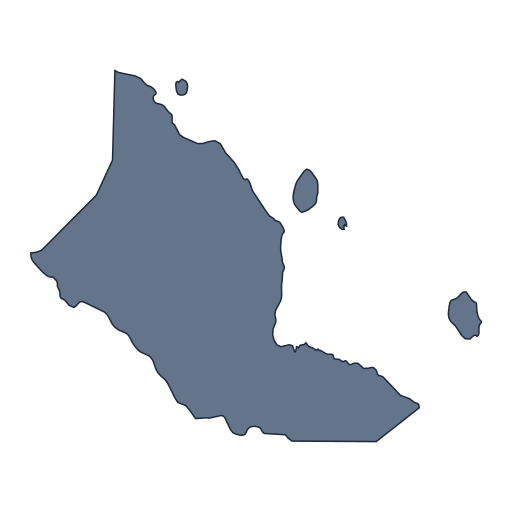 SVG path tracing the border of Madang
{"feature_id": "PNG-1240", "entity_name": "Madang", "entity_type": "Province", "adm_level": 1, "iso_a3": "PNG", "parent_name": "Papua New Guinea", "parent_adm1": "", "projection": "equal_earth", "projection_center": [145.623, -4.997], "detail": "fine", "context": "isolated", "style": "filled", "palette": "slate", "viewbox_px": 512, "rotation_deg": 0, "n_neighbors": 0, "source": "natural_earth", "source_scale": "10m", "svg_char_len": 4233}
<svg xmlns="http://www.w3.org/2000/svg" viewBox="0 0 512 512"><path d="M115.0,70.4L116.3,71.3L118.3,72.4L135.4,76.0L140.9,78.7L144.5,83.0L146.9,85.3L151.1,86.8L154.4,89.6L155.1,90.6L155.2,91.2L155.5,91.5L155.9,92.1L156.0,93.2L155.6,94.4L153.9,95.5L153.3,96.5L153.2,98.7L154.0,101.1L155.7,103.1L161.8,104.6L164.2,106.3L168.3,111.7L171.4,114.3L172.1,115.5L172.1,122.2L172.5,123.2L174.5,124.7L179.6,134.6L183.3,137.3L197.6,143.6L203.0,143.5L209.0,141.6L214.8,140.7L220.2,143.6L225.8,153.1L234.3,162.5L239.2,170.3L240.4,173.2L243.3,178.4L244.6,179.5L245.8,179.5L246.7,179.0L247.5,179.1L249.6,182.3L252.6,191.0L267.6,213.6L269.7,216.1L272.3,217.6L274.5,219.5L274.9,220.3L279.6,222.1L280.9,223.9L282.9,227.4L284.3,230.8L283.9,232.4L282.3,234.1L281.4,238.0L280.6,246.4L280.7,250.8L282.1,258.4L282.4,262.1L282.8,263.2L284.0,265.8L284.3,267.3L284.2,268.9L283.2,271.0L282.4,273.1L282.6,273.6L282.2,280.2L281.6,284.3L281.5,286.2L281.7,294.1L281.5,297.5L280.6,300.9L275.6,310.3L274.9,314.3L275.1,315.8L275.7,318.6L275.9,320.7L275.5,322.9L273.1,328.9L272.7,334.9L274.2,340.6L277.1,345.0L281.0,346.7L289.4,344.7L292.6,345.9L294.6,351.7L295.6,351.7L295.8,350.4L296.4,348.1L296.5,346.7L297.5,347.1L297.9,347.4L298.4,347.9L300.1,345.3L302.1,344.8L304.2,344.5L306.0,342.8L308.4,346.1L310.8,347.3L313.3,348.2L316.3,350.5L317.4,349.3L318.1,349.1L318.6,349.7L319.2,350.5L320.6,350.4L325.3,353.3L327.7,354.3L331.0,354.2L332.6,354.6L333.3,356.2L334.0,358.4L335.5,359.1L339.0,359.3L341.6,361.0L343.1,361.6L345.5,360.7L346.9,361.8L348.2,363.5L349.4,364.5L350.8,364.6L353.7,363.4L355.5,363.1L357.1,363.2L358.2,363.5L360.7,365.7L361.7,366.5L362.9,367.9L364.3,368.5L366.2,368.3L365.3,368.3L368.3,368.3L371.0,367.5L373.6,367.6L376.2,370.1L376.8,371.9L377.4,373.8L378.2,375.2L381.5,376.2L383.2,377.1L400.5,395.4L409.6,398.7L414.3,402.4L417.4,403.4L418.6,404.4L419.3,407.8L418.7,408.2L376.2,441.6L292.0,441.1L288.1,438.1L285.2,434.6L283.2,434.7L282.8,434.6L264.8,433.5L263.6,433.1L262.4,431.8L260.5,428.4L259.0,427.3L256.2,426.5L253.5,426.3L250.2,427.0L248.5,428.3L247.2,430.0L246.3,432.1L245.1,434.3L243.2,435.1L240.4,435.2L235.7,434.1L232.8,432.6L230.5,429.6L224.7,417.5L222.8,415.8L220.8,415.6L209.3,418.1L205.8,417.8L195.6,418.6L189.5,410.0L185.7,405.5L177.9,402.5L175.2,398.4L167.6,383.1L165.0,379.6L160.7,375.8L157.8,372.5L155.9,369.1L153.2,361.3L152.7,360.3L151.8,358.8L150.3,357.0L148.4,355.5L140.8,352.1L138.0,349.9L134.8,346.3L132.3,342.4L130.4,338.4L128.5,335.3L126.1,333.2L118.2,329.8L114.4,326.7L112.0,323.7L108.7,317.1L107.0,314.4L104.5,312.1L84.4,302.3L82.0,301.6L80.1,301.8L78.0,303.7L76.4,305.7L74.6,307.0L73.8,307.4L69.1,305.3L65.2,300.6L62.9,299.1L61.5,298.6L60.8,297.9L60.3,297.0L60.1,296.1L59.8,292.6L59.0,289.3L57.9,287.7L57.5,286.5L57.3,285.2L57.4,284.0L57.2,282.3L56.8,281.3L56.4,280.7L53.5,277.6L53.0,277.2L52.4,277.1L50.0,277.0L49.2,276.8L47.1,275.8L42.7,272.2L34.3,263.0L32.6,260.7L31.7,258.9L31.4,258.1L31.1,256.6L30.7,253.0L36.6,252.2L41.5,250.3L96.3,195.2L112.5,160.2L114.9,70.8L115.0,70.4ZM476.6,306.6L476.9,311.0L477.8,315.4L479.2,319.0L481.3,321.3L481.3,322.4L479.2,325.3L478.9,328.9L479.0,332.5L478.4,335.2L477.3,336.3L476.5,336.0L475.8,335.3L474.7,335.2L473.2,336.0L470.0,339.0L465.2,338.7L461.4,335.1L455.8,326.4L450.7,321.3L449.2,318.6L448.5,315.8L448.4,312.5L449.2,306.0L450.2,301.8L451.5,300.2L456.7,298.3L458.8,296.4L460.9,294.0L463.2,292.1L466.2,291.9L470.9,298.9L472.8,300.9L476.1,302.9L476.5,304.0L476.6,306.6ZM309.8,170.3L311.7,172.4L316.8,179.7L317.6,182.5L317.9,187.1L317.8,193.5L317.1,195.0L316.7,197.1L316.4,201.2L315.7,203.3L314.2,205.0L309.1,209.2L305.4,211.1L301.9,212.3L299.9,211.1L295.4,205.6L294.7,204.3L293.6,201.5L293.1,198.5L293.2,195.3L293.8,191.6L295.9,183.9L297.4,180.7L304.2,171.1L306.8,169.3L309.8,170.3ZM183.4,79.9L185.9,81.3L187.2,83.5L187.6,86.4L187.2,89.9L186.4,92.8L185.0,94.3L183.0,95.0L180.1,95.1L177.9,94.0L176.6,91.2L176.0,87.7L175.8,84.3L176.3,82.0L177.4,81.5L178.4,82.0L178.7,82.4L181.1,79.8L182.1,79.2L183.4,79.9ZM338.1,224.1L338.5,221.2L339.5,218.7L341.2,217.2L343.7,217.2L345.7,221.2L346.5,223.4L346.5,226.0L345.6,225.5L344.7,224.7L344.5,225.4L344.6,225.8L344.4,226.0L343.7,226.0L344.2,229.2L342.2,229.4L339.5,227.4L338.1,224.1Z" fill="#64748b" stroke="#1e293b" stroke-width="1.5"/></svg>